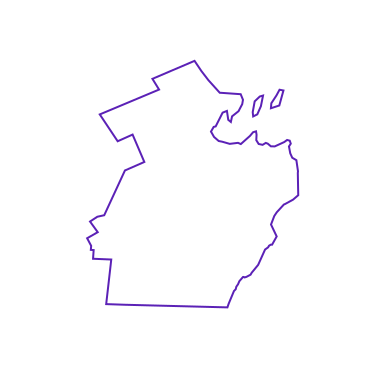 Jefferson, New York, United States of America (Natural Earth projection), rotated 152°
{"feature_id": "52423323B83261755629665", "entity_name": "Jefferson", "entity_type": "district", "adm_level": 2, "iso_a3": "USA", "parent_name": "United States of America", "parent_adm1": "New York", "projection": "natural_earth1", "projection_center": [-76.104, 44.036], "detail": "fine", "context": "isolated", "style": "outline", "palette": "violet", "viewbox_px": 384, "rotation_deg": 152, "n_neighbors": 0, "source": "geoboundaries", "source_scale": "gbopen_adm2", "svg_char_len": 1436}
<svg xmlns="http://www.w3.org/2000/svg" viewBox="0 0 384 384"><g transform="rotate(152 192 192)"><path d="M320.4,133.3L304.1,123.9L214.9,73.5L212.0,76.2L201.4,84.9L199.1,85.6L197.3,87.6L194.7,88.9L192.1,91.0L186.9,93.0L186.2,92.7L185.7,91.9L184.8,91.7L183.8,91.5L179.1,91.5L177.2,92.7L167.8,96.6L154.5,106.9L150.8,107.4L149.2,108.4L147.1,108.5L146.0,107.9L138.1,113.0L137.5,126.2L130.6,132.2L126.7,134.3L116.8,137.8L115.7,137.7L106.4,137.8L99.7,139.3L89.6,159.2L88.7,160.5L84.9,171.1L87.4,175.2L87.1,180.0L85.0,186.7L82.1,188.3L81.6,191.4L83.6,193.3L87.1,192.8L97.5,193.4L100.9,195.3L102.4,199.1L103.8,200.7L107.5,200.5L110.6,203.1L110.9,207.6L108.1,212.3L107.0,215.5L110.0,216.1L114.5,214.3L126.4,211.4L128.3,213.8L136.1,216.8L141.8,222.3L144.5,224.5L146.7,230.3L146.8,234.5L146.9,236.4L142.3,239.3L140.3,238.8L127.7,247.7L123.1,247.2L126.1,238.7L124.8,235.6L121.1,240.0L113.0,241.5L106.4,246.0L103.7,249.5L103.1,255.5L119.4,265.7L120.9,266.6L125.0,282.9L126.9,294.2L128.2,306.6L173.8,310.5L173.0,297.9L237.0,303.8L233.8,271.7L217.5,270.6L220.0,240.9L241.1,242.5L280.4,212.7L287.2,214.6L295.9,213.8L294.1,200.8L306.3,200.4L306.3,191.8L308.5,188.4L306.1,186.9L310.7,179.5L295.0,170.3L298.2,165.6L320.4,133.3ZM84.0,243.8L87.3,244.5L94.1,242.6L100.9,234.0L102.5,230.0L97.9,229.9L90.9,235.4L84.0,243.8ZM63.6,238.7L66.7,241.2L72.1,237.6L80.3,233.1L83.0,228.9L74.3,227.4L63.6,238.7Z" fill="none" stroke="#5b21b6" stroke-width="2"/></g></svg>